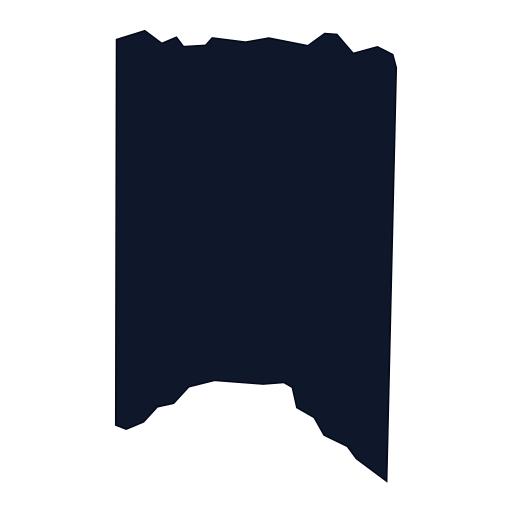 the district of Titus, Texas, United States of America
{"feature_id": "52423323B68756889637402", "entity_name": "Titus", "entity_type": "district", "adm_level": 2, "iso_a3": "USA", "parent_name": "United States of America", "parent_adm1": "Texas", "projection": "natural_earth1", "projection_center": [-94.972, 33.19], "detail": "fine", "context": "isolated", "style": "filled", "palette": "ink", "viewbox_px": 512, "rotation_deg": 0, "n_neighbors": 0, "source": "geoboundaries", "source_scale": "gbopen_adm2", "svg_char_len": 511}
<svg xmlns="http://www.w3.org/2000/svg" viewBox="0 0 512 512"><path d="M116.5,39.5L115.7,425.1L126.2,429.2L143.6,421.9L157.3,406.9L173.6,403.3L188.8,386.8L214.5,380.4L263.1,384.1L283.8,382.5L292.3,387.4L296.8,407.6L314.1,417.5L324.1,435.2L347.3,446.4L356.4,458.7L386.7,481.3L396.3,67.6L392.8,54.6L377.4,46.8L353.2,53.4L336.9,34.4L324.7,33.5L307.9,45.7L268.8,38.0L245.6,42.1L212.2,37.9L205.6,45.3L183.5,46.6L176.4,37.2L161.8,43.4L144.8,30.7L116.5,39.5Z" fill="#0f172a" stroke="#020617" stroke-width="1.5"/></svg>